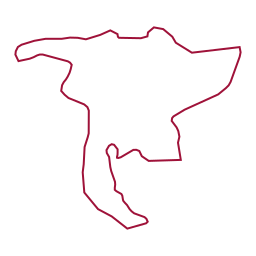 Nidwalden, Equal Earth projection
{"feature_id": "CHE-164", "entity_name": "Nidwalden", "entity_type": "Canton", "adm_level": 1, "iso_a3": "CHE", "parent_name": "Switzerland", "parent_adm1": "", "projection": "equal_earth", "projection_center": [8.375, 46.893], "detail": "fine", "context": "isolated", "style": "outline", "palette": "rose", "viewbox_px": 256, "rotation_deg": 0, "n_neighbors": 0, "source": "natural_earth", "source_scale": "10m", "svg_char_len": 1359}
<svg xmlns="http://www.w3.org/2000/svg" viewBox="0 0 256 256"><path d="M175.8,42.7L191.9,52.7L239.6,47.1L240.6,52.3L239.7,56.7L230.6,81.9L228.7,85.3L225.9,88.1L218.2,94.4L184.6,109.7L173.5,116.4L172.1,118.1L171.7,120.9L176.6,127.4L178.3,131.1L179.4,136.7L178.0,142.7L180.8,159.9L148.7,160.9L141.8,156.2L139.3,151.0L136.3,149.8L133.3,149.9L120.7,157.3L118.2,158.0L117.0,157.7L117.0,156.8L117.5,154.9L117.6,152.5L117.6,149.3L114.1,144.8L111.7,144.2L109.0,145.8L106.5,150.1L106.8,153.0L109.1,157.0L110.3,167.0L111.2,171.0L115.0,181.8L115.2,184.7L114.8,187.6L114.8,189.8L116.4,191.2L121.4,194.0L122.3,195.7L122.9,199.4L123.2,200.7L123.9,201.6L124.9,202.8L127.0,205.0L129.6,209.1L131.6,211.3L134.1,213.3L144.5,217.1L146.4,218.8L147.7,221.7L146.1,223.3L127.3,228.6L111.7,216.4L98.0,209.1L84.3,192.5L82.7,172.3L83.7,164.3L84.6,147.0L87.7,137.3L88.7,133.4L88.8,110.6L87.4,107.1L84.2,104.4L68.5,98.0L64.6,94.7L61.2,90.9L62.1,85.2L63.7,82.2L65.9,79.5L67.7,76.6L69.6,72.7L70.7,69.2L71.7,64.8L70.0,62.6L67.8,61.3L42.6,54.5L39.9,54.5L37.1,55.4L33.6,57.2L29.7,58.7L18.5,61.1L15.4,54.6L15.8,51.2L17.9,47.0L21.6,44.7L34.3,40.8L45.6,38.8L61.7,38.8L70.0,37.6L77.7,37.8L85.9,39.3L100.2,34.9L110.3,30.4L117.5,34.1L117.8,36.2L118.1,37.0L119.0,37.8L140.9,38.2L147.4,36.4L148.0,32.4L153.9,27.4L163.2,29.1L172.3,36.7L175.8,42.7Z" fill="none" stroke="#9f1239" stroke-width="2"/></svg>